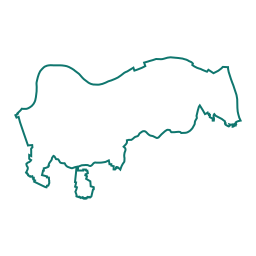 outline of Gia Binh, Bắc Ninh, Vietnam
{"feature_id": "81297802B26729031323268", "entity_name": "Gia Binh", "entity_type": "district", "adm_level": 2, "iso_a3": "VNM", "parent_name": "Vietnam", "parent_adm1": "Bắc Ninh", "projection": "albers", "projection_center": [106.208, 21.064], "detail": "fine", "context": "isolated", "style": "outline", "palette": "teal", "viewbox_px": 256, "rotation_deg": 0, "n_neighbors": 0, "source": "geoboundaries", "source_scale": "gbopen_adm2", "svg_char_len": 5728}
<svg xmlns="http://www.w3.org/2000/svg" viewBox="0 0 256 256"><path d="M228.0,67.1L226.6,67.1L222.9,66.9L222.7,67.0L221.6,68.2L221.0,68.7L218.2,70.8L213.5,73.2L210.4,71.1L208.4,69.8L207.0,71.7L205.9,71.3L202.3,69.8L200.5,68.9L199.3,68.6L197.0,67.8L194.3,66.4L192.7,65.3L192.3,65.0L192.4,64.7L192.9,63.6L192.3,62.9L191.3,62.1L190.4,61.7L188.8,61.0L187.9,60.4L186.4,59.7L183.5,58.9L182.7,58.6L178.3,58.0L170.5,57.3L169.7,57.4L167.5,57.7L164.0,58.7L162.3,59.1L161.0,59.2L156.1,59.0L152.8,60.1L149.2,61.1L148.1,61.5L144.1,62.6L145.3,66.1L141.9,67.8L137.1,69.7L134.4,70.6L133.4,67.7L130.2,69.6L127.3,71.4L125.6,72.1L124.3,72.8L121.1,75.3L117.9,77.5L115.0,78.9L111.3,80.4L108.4,81.3L105.5,82.7L102.4,83.9L99.2,84.6L97.9,84.7L93.3,84.5L91.2,84.0L89.6,83.3L88.5,82.7L83.9,79.2L82.3,77.6L79.6,74.5L78.8,73.7L74.7,70.6L73.9,69.9L71.9,68.6L68.9,67.0L66.8,66.2L64.9,65.8L61.9,65.4L58.6,65.3L53.0,65.3L50.6,65.2L48.5,65.4L47.0,65.7L44.8,66.6L43.7,67.4L41.9,69.2L40.2,71.2L38.9,73.9L37.8,77.2L37.0,80.5L36.6,82.3L36.5,83.6L36.7,87.0L36.6,91.4L35.9,97.2L35.2,100.5L34.6,102.0L33.6,103.8L32.6,105.0L31.7,106.0L29.9,107.3L28.3,108.2L26.7,108.8L25.1,108.9L23.2,108.9L21.8,108.7L20.6,110.3L18.2,112.6L17.7,113.0L17.9,113.7L17.8,113.8L17.1,114.0L17.1,114.5L15.4,115.2L15.8,116.1L16.5,117.6L18.6,116.9L20.0,122.2L23.8,133.4L28.0,145.5L29.0,145.3L32.2,145.1L32.4,147.1L32.4,147.4L31.4,148.3L31.1,148.9L31.2,150.8L31.2,156.0L29.2,155.0L29.2,158.8L29.4,159.0L31.1,160.1L30.6,160.9L29.3,162.0L28.0,162.5L26.7,163.5L26.4,163.8L26.4,164.4L26.7,165.6L26.9,166.1L27.7,167.2L27.8,168.2L27.7,169.1L26.8,171.2L26.1,172.4L26.7,172.8L26.5,173.2L27.0,173.7L27.3,173.6L27.5,173.6L28.4,175.0L28.2,175.4L30.2,176.7L30.7,176.2L31.3,176.5L31.8,176.5L32.3,176.3L32.6,177.6L33.8,177.7L33.8,178.8L33.3,178.9L33.2,179.2L33.5,179.7L35.0,180.4L34.2,181.7L43.5,186.2L45.4,187.1L46.5,187.3L47.0,185.7L48.3,185.6L49.3,183.0L49.3,182.5L49.1,181.8L49.3,181.0L49.0,179.9L48.9,177.6L46.9,177.4L47.0,176.4L42.0,175.1L42.8,171.8L43.0,170.6L43.8,170.6L43.8,168.3L45.7,167.9L47.7,167.1L48.3,166.8L48.9,165.8L48.5,165.5L48.9,164.1L49.5,162.8L51.2,160.5L51.6,159.8L51.8,159.3L51.9,158.5L52.1,157.8L53.3,156.1L53.5,155.9L54.3,156.3L54.7,156.8L55.7,158.5L55.9,159.0L56.4,159.2L57.7,159.2L58.1,159.3L58.5,159.7L60.1,162.4L60.7,162.8L61.8,163.1L63.8,163.3L64.5,163.2L64.7,163.3L65.7,165.2L66.8,166.3L67.8,166.9L70.8,168.0L71.6,168.2L72.2,168.2L74.9,167.2L76.7,166.8L76.4,168.3L76.0,172.8L75.0,182.1L76.1,182.4L75.8,184.1L75.1,186.7L76.9,187.3L76.5,188.9L76.0,190.4L75.4,191.7L76.4,194.5L76.7,195.9L76.4,196.2L76.5,196.4L79.0,197.2L79.2,196.7L79.5,196.7L79.6,196.8L79.5,197.2L80.7,197.9L81.0,197.4L81.9,197.7L82.3,197.4L82.5,197.5L82.8,197.2L83.1,197.4L83.1,198.0L83.7,198.0L83.7,198.6L84.9,198.7L85.1,198.1L85.3,198.0L85.5,198.1L85.6,198.6L86.1,198.5L86.4,198.5L86.5,198.0L86.8,198.0L87.0,197.4L87.6,197.4L87.8,196.9L88.4,197.0L88.5,197.2L88.9,197.1L88.9,197.4L90.3,197.4L91.4,196.3L91.5,195.9L92.2,192.9L93.0,189.5L93.7,189.3L93.8,188.0L93.7,187.2L93.1,187.0L90.7,186.3L90.4,182.2L90.3,181.3L86.1,178.8L86.9,176.7L87.0,176.2L85.3,175.3L85.6,174.2L86.5,174.1L86.9,173.8L87.1,173.4L87.8,173.2L87.7,171.9L87.3,171.5L87.3,171.3L87.3,170.6L86.3,170.5L85.7,170.4L85.8,169.6L84.3,169.5L83.2,169.5L83.1,170.5L77.9,170.5L78.1,166.7L81.7,165.3L82.8,165.2L84.5,165.1L85.6,165.0L87.7,165.1L89.5,165.9L90.4,166.0L90.9,165.8L91.6,165.4L92.3,164.7L93.4,163.4L94.4,162.7L95.3,162.5L96.8,162.7L99.2,162.7L101.3,162.6L104.1,162.2L105.6,161.9L108.8,160.4L109.1,161.7L109.5,164.2L111.3,164.2L111.3,165.6L113.7,166.2L113.6,169.4L115.0,169.5L116.0,168.5L116.0,167.5L116.4,167.0L117.3,167.1L117.5,167.2L117.7,167.8L117.8,167.9L118.4,168.1L118.6,167.9L120.3,169.6L121.4,166.6L121.9,165.5L122.9,163.7L124.2,161.9L124.4,161.2L124.5,158.7L124.5,157.8L124.3,157.2L124.2,155.1L124.6,152.6L125.1,151.4L125.3,150.7L125.5,150.0L125.5,149.4L125.3,148.4L125.1,148.1L123.6,146.7L125.9,144.3L126.8,142.9L127.0,141.4L126.9,140.3L128.6,139.9L130.6,139.9L131.2,139.9L131.5,139.8L133.1,138.6L134.2,137.6L135.2,136.9L137.4,136.2L138.1,135.8L138.6,135.1L139.5,133.5L140.3,132.9L141.7,131.9L142.4,131.5L143.1,131.2L144.1,131.2L144.5,131.2L145.4,131.5L146.5,132.4L147.4,133.4L148.6,134.5L149.6,135.2L150.5,135.6L152.9,136.1L156.3,137.8L156.9,138.0L157.4,137.9L158.5,137.5L161.5,134.3L165.0,131.2L166.8,130.0L167.5,129.8L169.0,129.9L169.9,130.1L171.0,131.9L171.4,132.2L171.8,132.2L174.2,132.2L177.2,131.9L178.7,131.8L179.6,131.9L180.1,132.0L180.5,132.2L181.2,133.0L183.3,132.9L185.5,132.8L186.9,132.5L188.2,131.9L189.8,130.9L190.5,130.3L192.1,128.6L192.6,127.9L194.6,124.3L194.7,123.8L194.9,122.0L195.3,120.7L196.8,118.2L196.8,117.4L196.7,116.6L196.5,116.0L196.7,115.2L198.0,109.7L198.3,108.9L198.8,107.0L199.5,105.8L199.8,105.4L202.8,110.2L205.0,114.1L206.3,113.5L207.6,112.6L207.9,113.6L208.2,113.9L209.1,113.8L209.0,115.1L209.9,115.0L209.8,117.2L212.3,118.4L212.5,118.5L212.6,118.8L212.7,120.6L213.8,120.6L214.0,119.1L213.9,118.0L213.9,117.8L213.7,117.5L213.6,117.2L213.6,115.9L213.6,115.3L214.1,114.9L214.1,114.3L214.3,114.1L215.5,115.6L215.9,115.9L221.7,118.9L224.9,121.3L224.8,121.7L224.9,122.2L225.4,122.7L225.1,123.2L225.0,123.5L225.3,123.8L225.6,124.0L225.4,124.5L226.3,125.2L228.0,126.1L228.5,126.4L228.8,126.4L229.2,125.9L229.5,125.9L229.9,125.4L229.5,124.4L230.4,124.7L231.0,124.7L232.5,124.4L232.6,126.7L233.5,126.5L234.0,126.1L234.2,125.3L233.7,125.3L233.7,124.5L234.2,124.4L234.2,124.9L235.1,125.0L235.1,125.5L235.7,125.5L235.8,124.8L236.1,124.5L235.3,123.4L236.0,123.0L235.9,122.3L236.8,121.7L238.3,121.1L240.6,120.6L239.3,117.8L238.3,114.3L237.7,111.5L237.4,107.9L237.2,99.1L236.6,95.6L236.4,94.7L233.3,85.3L232.2,82.5L230.9,78.9L228.7,72.0L228.1,69.0L228.0,67.1Z" fill="none" stroke="#0f766e" stroke-width="2"/></svg>